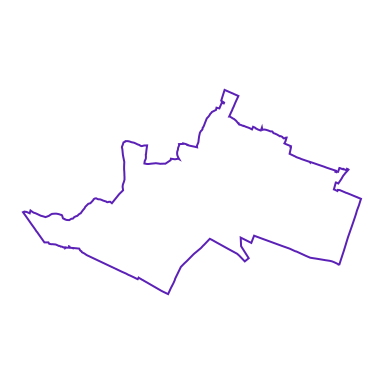 Tochtepec, Puebla, Mexico (orthographic projection), rotated 90°
{"feature_id": "50627088B29443207316447", "entity_name": "Tochtepec", "entity_type": "district", "adm_level": 2, "iso_a3": "MEX", "parent_name": "Mexico", "parent_adm1": "Puebla", "projection": "orthographic", "projection_center": [-97.831, 18.819], "detail": "fine", "context": "isolated", "style": "outline", "palette": "violet", "viewbox_px": 384, "rotation_deg": 90, "n_neighbors": 0, "source": "geoboundaries", "source_scale": "gbopen_adm2", "svg_char_len": 5908}
<svg xmlns="http://www.w3.org/2000/svg" viewBox="0 0 384 384"><g transform="rotate(90 192 192)"><path d="M169.6,35.5L169.4,35.7L168.8,37.0L169.6,37.3L170.3,37.6L168.9,40.7L169.3,40.9L168.5,43.3L168.3,43.4L168.0,44.6L171.8,45.9L171.5,47.2L172.2,47.5L171.8,48.6L170.7,48.2L168.0,56.4L167.6,57.6L166.7,59.9L164.7,65.8L163.9,68.1L162.9,71.0L161.9,74.1L162.3,74.1L161.7,74.8L161.3,76.0L159.0,82.8L158.5,83.8L157.2,87.5L156.3,89.1L155.8,90.2L153.8,94.4L147.3,93.0L147.1,93.0L146.8,93.1L146.6,93.2L146.6,93.3L146.2,93.1L144.2,97.9L143.4,99.6L141.2,98.5L137.6,97.4L137.6,97.9L138.4,99.9L138.3,100.5L136.9,101.7L136.1,103.4L136.3,104.1L135.9,104.7L135.6,105.2L135.2,105.9L134.9,106.4L134.7,106.7L134.6,106.9L134.4,107.3L134.3,107.5L134.1,108.0L133.9,108.4L133.7,108.8L133.5,109.3L133.4,109.8L133.2,110.3L132.7,110.9L132.6,111.0L131.9,111.3L131.7,111.5L131.4,111.9L131.4,112.2L131.4,112.7L131.4,113.1L131.4,113.5L130.6,115.5L130.4,116.0L130.3,116.5L130.1,117.0L130.0,117.3L129.9,117.6L129.7,118.6L129.6,119.0L129.6,119.6L129.5,120.0L129.6,120.4L129.7,121.0L129.8,121.4L128.6,121.9L128.2,122.0L127.6,122.1L130.1,123.0L130.5,123.2L130.4,123.6L130.2,124.2L130.1,124.5L129.9,124.9L129.8,125.3L129.6,125.9L129.4,126.3L128.9,127.2L128.8,127.4L128.7,127.7L128.6,127.9L128.5,128.1L128.4,128.3L128.1,128.4L127.9,128.6L127.8,128.8L127.6,129.1L127.4,129.4L127.4,129.6L127.3,129.8L127.2,130.1L127.1,130.4L126.9,130.7L126.8,130.9L129.4,132.0L128.1,134.5L127.5,136.0L127.0,137.5L126.5,138.8L125.8,140.3L126.0,140.6L124.8,143.5L124.6,144.7L123.6,145.2L123.8,145.4L121.0,147.7L120.5,148.2L119.0,150.0L118.3,151.4L117.6,152.4L117.1,153.3L116.5,154.2L116.5,154.8L113.9,153.6L113.4,153.4L112.5,153.0L111.5,152.5L110.5,152.0L109.6,151.6L109.1,151.5L106.6,150.3L102.7,148.7L96.0,145.6L89.9,159.4L100.7,162.8L102.6,159.9L103.4,160.2L102.9,162.3L108.4,164.6L107.7,167.5L109.9,168.0L111.1,170.3L112.0,172.1L113.1,172.9L113.8,173.7L115.2,174.5L116.5,175.4L118.4,177.2L122.6,178.9L125.3,179.9L126.9,180.6L127.7,181.3L129.2,181.5L130.4,182.3L130.9,183.0L132.8,184.1L136.4,184.9L139.4,185.3L142.2,185.6L145.9,187.1L146.4,187.0L147.3,186.9L146.8,189.0L146.5,190.4L145.8,193.8L145.1,196.5L144.8,196.4L144.0,198.4L143.4,200.8L143.9,200.8L144.1,205.0L145.1,204.8L147.9,205.9L148.9,206.0L149.7,206.1L151.4,206.7L153.0,206.9L154.5,206.8L155.5,206.6L157.4,205.8L159.2,204.8L158.6,205.9L158.9,206.7L159.3,209.0L158.7,213.1L160.2,213.4L163.7,218.6L163.7,221.1L163.8,223.8L163.5,225.8L163.2,228.1L163.4,230.0L163.7,233.0L164.0,235.3L164.0,236.9L163.8,238.1L163.5,239.6L161.9,239.4L160.8,239.2L160.1,238.8L159.0,238.3L158.0,238.1L156.5,238.1L154.5,238.2L154.3,238.0L150.5,237.6L145.4,236.9L145.5,239.8L146.1,242.2L145.8,243.5L145.0,244.6L144.4,246.4L143.5,248.2L142.7,250.0L142.2,252.5L141.5,254.4L141.1,256.3L141.1,257.6L141.1,258.6L141.8,259.0L142.4,260.5L144.7,261.2L146.7,262.0L147.5,262.1L148.4,261.8L149.6,261.6L154.8,261.1L157.5,260.6L162.0,259.7L163.7,259.8L167.0,259.9L169.3,259.9L171.8,259.7L174.2,259.6L175.3,259.6L176.7,259.5L179.7,259.5L181.8,260.1L184.0,260.9L185.0,261.2L186.9,261.4L190.3,260.9L194.1,264.8L203.2,272.1L201.8,273.8L201.8,275.2L202.2,276.3L202.1,277.1L201.5,277.9L201.2,279.0L200.5,281.1L199.8,282.6L199.3,284.2L199.3,285.3L199.1,286.4L198.4,287.6L198.4,288.9L199.2,290.3L200.3,290.9L203.2,293.6L203.8,295.7L205.4,297.3L206.8,298.7L207.7,299.2L208.4,299.5L209.5,300.5L210.1,301.0L212.1,302.5L213.3,303.3L213.8,304.4L214.5,305.3L215.8,306.6L216.5,308.6L217.4,310.1L218.4,310.8L218.7,311.5L218.7,312.3L218.9,312.9L219.4,313.7L220.1,314.7L220.0,317.1L219.7,318.2L219.3,319.2L219.2,319.4L218.9,319.5L218.6,320.7L218.1,321.1L217.2,321.4L216.3,321.6L215.6,321.9L215.2,322.2L215.0,322.3L214.9,322.6L214.9,323.0L214.8,323.5L214.4,324.3L213.9,326.3L213.7,327.6L213.7,329.5L213.9,332.0L214.7,333.5L215.8,335.0L216.4,336.5L217.1,338.5L216.4,340.7L215.7,343.3L214.0,346.8L213.2,348.6L212.6,350.5L211.1,352.7L210.5,353.5L213.3,354.3L211.9,357.5L211.9,359.0L211.6,359.2L211.6,359.7L212.2,361.0L216.5,357.9L221.8,354.2L223.4,353.1L228.4,349.5L231.7,347.3L232.1,346.8L233.2,346.1L242.4,339.6L242.4,338.1L242.4,335.6L243.8,334.8L244.2,332.8L244.2,331.2L244.3,330.4L244.5,328.3L245.4,326.2L245.9,325.4L245.9,324.6L246.4,323.5L246.6,323.3L246.6,322.2L247.4,320.6L247.3,320.4L247.5,320.0L247.3,320.0L247.3,319.9L247.3,318.9L247.6,319.0L247.7,318.6L248.0,318.6L247.7,318.2L247.7,317.7L247.7,314.8L246.4,314.9L246.5,314.6L247.5,314.5L247.6,313.8L247.8,313.8L247.8,313.3L248.0,311.5L248.2,311.3L248.3,310.9L248.0,310.8L248.6,304.8L250.3,303.9L250.9,303.3L251.2,302.6L252.2,302.1L253.5,299.6L255.1,297.3L271.8,262.0L273.5,258.1L274.9,255.5L275.5,254.0L277.3,250.2L278.1,248.6L278.8,247.2L279.2,246.3L277.7,245.4L277.8,245.3L278.2,244.5L278.4,244.2L279.0,243.1L279.7,242.0L279.9,241.5L280.3,240.8L280.4,240.7L280.8,240.0L281.6,238.6L282.5,237.0L284.2,234.1L284.6,233.4L290.6,223.0L290.8,222.7L291.8,220.7L294.1,215.9L287.8,213.0L283.4,210.7L280.3,209.3L278.6,208.8L266.9,203.1L263.6,199.9L261.2,197.3L254.2,190.4L252.8,188.8L252.7,188.6L248.0,183.0L245.5,180.7L244.9,180.0L238.8,174.2L240.0,171.8L242.5,167.4L243.7,165.2L248.8,156.0L253.8,146.8L255.7,144.7L261.4,139.2L258.2,135.3L246.2,142.9L237.6,143.3L242.9,132.7L235.7,129.9L239.0,121.0L241.0,115.5L242.9,110.3L245.9,102.1L248.7,94.2L251.3,88.6L251.5,87.6L256.0,77.8L257.7,73.8L258.1,71.4L258.5,68.7L259.4,63.2L260.2,58.5L260.8,54.4L261.3,52.2L262.1,50.1L263.0,48.2L264.0,46.1L264.6,45.6L264.4,44.6L260.0,43.2L250.3,40.0L237.5,36.1L227.2,32.5L225.5,31.9L217.6,29.2L213.3,27.8L210.7,27.1L205.4,25.1L200.9,23.7L198.8,23.0L197.9,25.3L193.1,36.9L192.9,37.7L190.1,44.2L189.9,46.2L190.4,46.4L191.0,46.6L189.5,49.7L189.4,50.1L182.5,48.2L182.4,48.1L183.0,46.7L183.5,45.7L180.4,43.6L178.9,42.6L175.9,40.9L175.4,40.5L174.9,40.1L174.4,39.7L174.0,39.3L173.3,38.9L173.1,38.6L172.7,38.4L172.5,38.2L172.2,37.8L171.5,37.2L171.1,36.8L169.9,35.8L169.6,35.5Z" fill="none" stroke="#5b21b6" stroke-width="2"/></g></svg>